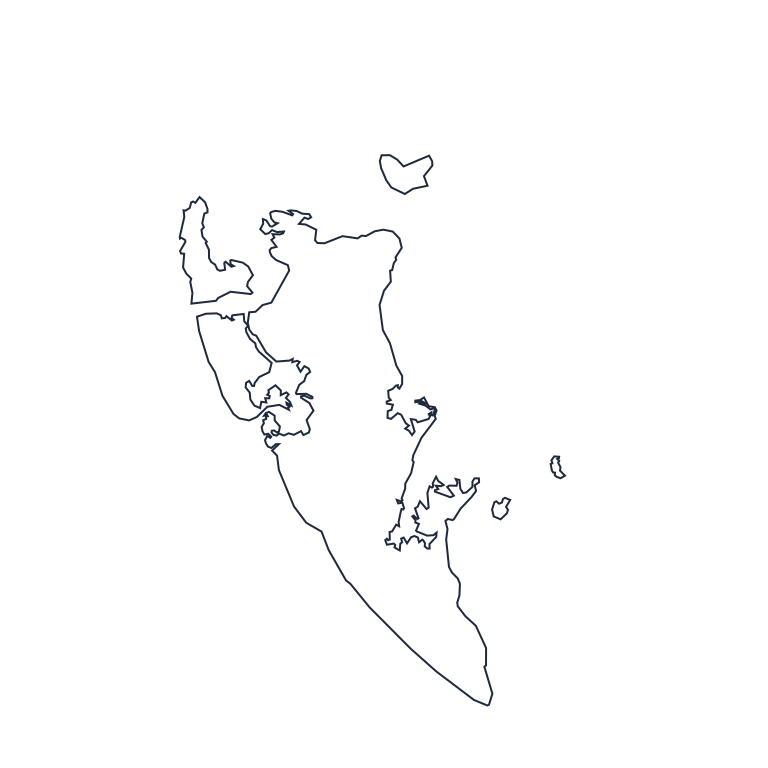 Mafia, Pwani, United Republic of Tanzania, rotated 123°
{"feature_id": "72390352B74532147136856", "entity_name": "Mafia", "entity_type": "district", "adm_level": 2, "iso_a3": "TZA", "parent_name": "United Republic of Tanzania", "parent_adm1": "Pwani", "projection": "mercator", "projection_center": [39.736, -7.86], "detail": "fine", "context": "isolated", "style": "outline", "palette": "slate", "viewbox_px": 768, "rotation_deg": 123, "n_neighbors": 0, "source": "geoboundaries", "source_scale": "gbopen_adm2", "svg_char_len": 6171}
<svg xmlns="http://www.w3.org/2000/svg" viewBox="0 0 768 768"><g transform="rotate(123 384 384)"><path d="M596.6,183.5L600.0,136.4L597.3,122.2L595.8,121.3L584.7,124.4L566.5,145.8L564.4,145.2L549.8,154.6L536.8,175.2L534.4,189.4L530.3,201.0L527.5,203.5L520.4,205.5L510.2,211.5L506.9,216.3L505.1,224.4L502.0,229.9L480.5,247.2L471.1,251.7L465.4,257.9L462.4,256.9L460.8,252.4L459.2,251.7L446.8,251.9L431.7,249.1L423.6,248.5L419.5,252.8L414.7,250.7L411.5,253.0L413.8,256.7L417.6,256.7L422.1,253.8L430.1,255.9L432.4,258.4L430.3,262.9L423.4,268.5L424.6,272.1L426.8,268.6L429.8,267.7L433.7,274.0L435.9,274.9L439.6,264.6L442.8,266.6L446.5,282.7L445.3,283.4L442.5,281.3L441.1,285.1L438.7,280.6L436.2,279.0L435.8,285.7L433.4,289.8L440.6,289.1L443.5,286.9L444.8,287.4L445.0,290.0L451.7,288.3L463.4,279.2L465.7,280.2L462.7,290.0L468.5,288.9L471.4,290.3L477.8,281.9L479.1,282.5L478.2,287.5L479.6,288.1L481.2,283.3L483.1,282.3L482.3,278.5L489.5,277.3L489.8,276.3L487.7,265.3L483.8,260.1L480.0,259.0L483.8,256.9L493.5,258.7L497.1,256.1L498.4,257.9L498.0,261.4L495.2,262.9L493.8,265.8L493.7,267.1L497.6,268.4L494.3,272.0L494.9,275.6L497.7,277.8L505.1,277.9L502.1,283.9L504.3,285.4L506.9,282.6L509.1,283.3L515.1,280.1L515.3,286.2L512.8,287.0L512.5,288.9L517.2,294.0L514.3,297.9L512.2,297.3L512.8,295.5L511.3,294.4L505.1,298.7L503.2,296.9L495.3,297.2L495.1,293.8L491.6,296.7L481.9,300.4L479.3,301.2L478.7,299.5L477.2,299.6L473.6,303.9L476.4,307.1L474.2,310.1L473.1,305.6L471.3,305.3L470.6,306.8L460.2,309.3L455.9,311.9L444.0,312.7L433.3,316.6L432.4,318.7L427.9,320.6L408.8,323.3L385.1,321.6L383.1,324.2L377.6,325.5L375.8,328.8L378.3,334.5L373.5,343.1L377.9,345.1L380.9,348.7L382.2,347.8L377.8,342.9L377.6,337.9L379.2,339.1L379.2,343.3L381.3,343.8L379.5,337.4L380.0,331.2L377.0,328.7L377.5,327.3L383.9,326.1L384.4,328.0L382.2,328.9L384.9,330.1L385.9,327.8L389.1,327.6L397.8,334.9L396.7,337.8L398.8,342.4L407.2,332.4L411.6,332.7L409.6,337.6L409.9,341.9L405.3,340.4L405.0,344.5L400.4,352.9L401.0,356.6L409.4,359.1L410.5,362.6L404.7,366.1L401.6,363.7L396.5,365.3L398.9,370.9L397.3,372.2L393.8,369.6L392.9,372.6L387.4,376.8L383.5,374.1L378.8,373.1L377.5,371.7L379.3,370.6L379.5,368.6L374.1,368.8L367.4,373.1L361.9,383.6L346.6,401.2L339.4,414.3L320.1,430.8L305.8,434.8L294.5,434.0L285.6,440.6L284.0,439.2L277.3,441.6L273.2,441.4L271.6,443.3L260.1,443.3L253.6,450.3L251.4,459.7L254.9,468.6L260.9,474.9L269.7,479.7L271.8,483.6L276.2,485.4L282.6,499.3L298.3,510.5L302.0,516.6L301.0,520.1L291.5,524.8L292.9,536.5L296.0,542.5L287.8,541.3L286.9,537.4L283.9,535.9L282.3,539.3L285.7,545.4L286.5,551.5L289.0,556.5L290.7,558.4L291.0,552.8L292.5,552.8L294.9,563.0L297.9,569.3L301.1,572.2L302.8,572.5L306.7,568.6L308.2,564.0L307.1,560.8L312.9,563.6L313.7,565.4L310.9,571.8L311.6,575.4L315.4,572.6L321.6,572.1L322.9,565.2L320.3,562.8L315.9,561.7L314.8,556.3L310.6,551.0L312.5,550.7L315.2,552.7L319.1,559.1L320.9,555.7L324.5,556.9L327.5,548.8L331.3,552.4L334.0,552.8L335.7,551.4L337.9,547.9L338.8,542.1L336.7,529.3L340.5,525.3L377.1,522.8L383.9,528.8L393.4,531.1L397.3,536.1L407.0,531.5L411.8,526.5L413.8,521.2L413.1,517.4L421.7,500.2L423.8,486.5L415.8,476.0L412.7,474.2L415.6,472.8L411.8,469.4L411.5,466.8L415.8,467.1L419.2,460.7L412.4,460.5L412.0,455.7L414.1,452.5L418.7,454.1L425.0,452.5L430.8,454.6L439.3,453.1L440.1,451.9L434.6,443.9L433.8,437.1L435.0,436.3L436.2,437.9L437.2,444.4L439.6,446.9L440.7,446.0L440.6,436.2L444.8,428.6L456.4,429.3L462.3,421.6L465.6,420.6L470.7,423.8L468.7,427.9L475.7,431.9L477.3,437.1L481.7,439.9L482.8,445.2L485.6,445.8L486.9,448.9L485.9,452.0L484.3,452.6L482.8,450.9L482.9,447.3L481.1,446.2L476.3,448.2L474.1,455.8L470.1,458.5L470.1,465.3L472.7,467.3L475.8,467.3L473.5,465.2L474.3,463.9L475.5,465.5L477.4,463.8L480.2,465.6L482.3,463.4L486.7,463.2L489.9,460.1L491.5,456.8L488.8,454.0L489.6,449.9L491.1,450.0L491.2,453.6L495.9,453.2L497.9,450.9L499.7,447.4L499.0,443.6L493.4,442.0L491.7,439.4L500.8,441.6L502.3,434.7L513.4,425.3L535.7,392.8L542.7,373.7L541.8,356.0L553.5,339.8L569.4,308.9L569.9,303.3L579.2,274.3L591.5,217.3L596.6,183.5ZM458.5,460.4L457.4,449.8L456.3,451.5L454.6,450.8L454.3,454.3L452.8,455.6L452.5,450.0L450.2,453.2L449.1,458.7L444.7,458.3L444.2,461.3L449.6,464.5L445.6,467.0L444.2,474.3L452.2,477.6L453.9,475.8L456.7,476.1L456.2,473.4L458.5,472.4L460.6,475.9L463.6,472.6L465.7,477.2L471.7,474.8L472.7,481.0L469.8,487.6L464.3,492.0L462.2,498.2L458.2,500.3L454.8,498.8L457.4,493.4L456.4,491.9L453.6,493.0L446.2,492.5L436.6,486.7L427.5,489.7L425.0,506.5L422.8,511.5L420.0,514.0L419.2,520.9L415.4,527.8L412.7,530.2L409.2,529.7L407.5,535.4L401.7,539.8L409.0,548.6L411.7,547.8L411.9,545.0L413.6,546.1L412.9,553.1L415.2,553.2L417.3,555.8L415.2,558.2L415.8,562.7L422.2,571.8L429.4,577.5L440.3,567.9L461.0,543.1L466.1,532.2L481.9,513.0L491.1,493.9L491.7,486.6L488.0,477.3L481.0,472.7L466.6,469.4L458.5,460.4ZM390.2,562.9L381.1,544.7L379.0,544.1L376.5,552.1L372.5,553.7L364.1,553.2L359.4,561.9L359.1,568.5L363.2,579.6L364.2,580.2L367.1,577.8L366.9,574.3L368.8,575.9L367.7,583.5L369.4,583.9L374.7,579.5L378.4,583.2L378.7,586.2L375.9,590.6L375.8,595.3L373.6,599.4L366.7,604.0L362.8,610.4L361.2,610.1L359.2,616.5L354.2,621.0L350.7,620.4L348.1,624.0L338.9,627.5L336.2,625.5L333.3,627.4L329.0,633.1L327.7,640.5L334.8,640.9L335.0,643.6L336.8,644.6L342.1,642.8L346.6,644.8L347.5,646.7L352.6,642.5L371.9,635.4L373.1,634.3L371.8,633.7L371.6,629.3L372.8,628.0L383.6,627.4L385.1,625.3L383.6,622.5L395.8,615.9L399.1,609.9L400.6,603.0L403.9,602.1L411.9,594.3L421.5,589.3L405.7,570.2L402.2,570.0L390.2,562.9ZM204.6,466.1L194.0,455.5L187.9,463.7L174.4,462.4L170.9,465.0L168.0,470.6L190.9,486.1L188.6,495.2L188.9,503.7L193.5,510.6L199.3,508.9L204.5,504.0L211.8,493.2L215.2,484.9L213.3,470.0L204.6,466.1ZM425.5,210.5L422.0,211.5L420.6,214.7L412.5,215.0L413.6,220.6L415.7,221.6L419.1,220.5L421.7,222.3L421.2,225.9L423.1,227.0L430.4,225.0L435.3,219.9L434.0,212.5L425.5,210.5ZM366.9,184.6L362.3,182.3L360.8,189.2L357.6,190.7L355.2,195.1L353.0,195.2L352.5,197.9L351.1,197.0L350.9,197.4L350.5,197.1L349.6,197.5L352.0,201.8L356.8,202.0L358.8,199.6L360.3,200.7L365.0,196.2L366.1,194.1L365.2,192.3L367.6,191.0L367.8,188.5L366.9,184.6Z" fill="none" stroke="#1e293b" stroke-width="2"/></g></svg>